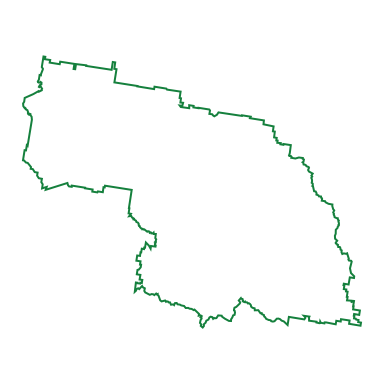 Wagga Wagga, New South Wales, Australia (Mercator projection)
{"feature_id": "25037944B76630671058420", "entity_name": "Wagga Wagga", "entity_type": "district", "adm_level": 2, "iso_a3": "AUS", "parent_name": "Australia", "parent_adm1": "New South Wales", "projection": "mercator", "projection_center": [147.38, -35.186], "detail": "fine", "context": "isolated", "style": "outline", "palette": "green", "viewbox_px": 384, "rotation_deg": 0, "n_neighbors": 0, "source": "geoboundaries", "source_scale": "gbopen_adm2", "svg_char_len": 5982}
<svg xmlns="http://www.w3.org/2000/svg" viewBox="0 0 384 384"><path d="M43.5,56.5L41.8,67.1L42.9,68.7L42.8,69.5L41.0,74.1L40.9,75.3L39.6,75.0L38.9,79.6L37.8,81.5L38.0,82.2L38.7,82.6L39.8,82.6L40.4,81.9L41.5,82.6L41.4,84.4L39.8,85.2L38.9,86.9L39.3,87.2L40.4,86.4L40.9,86.8L42.1,88.8L41.5,89.8L41.7,90.3L38.9,91.7L38.6,91.1L33.3,94.1L24.7,97.9L24.2,101.7L23.1,103.5L23.3,106.1L24.2,107.5L24.9,107.7L24.9,108.2L25.7,108.5L25.7,109.3L27.4,110.2L28.0,111.9L27.9,113.2L28.3,114.2L28.9,114.6L29.5,113.7L30.5,114.1L30.5,115.2L31.6,116.7L31.9,119.7L27.6,145.9L26.8,145.2L26.0,150.4L24.6,150.2L23.0,160.3L24.1,160.5L25.9,162.5L27.7,162.9L31.0,167.0L30.7,168.8L32.8,169.1L34.7,172.1L37.6,172.6L37.1,175.6L38.8,178.2L41.9,178.8L41.3,182.1L42.7,184.3L42.1,188.4L46.7,186.9L45.7,189.8L67.4,183.0L68.0,185.2L69.0,186.4L71.7,186.8L71.8,185.6L85.1,187.7L85.0,188.3L92.6,189.5L92.3,191.6L97.4,192.4L97.9,191.4L102.8,192.2L103.5,187.2L104.7,187.4L105.0,185.7L131.7,189.9L128.9,208.2L129.4,208.3L128.6,213.4L130.9,213.8L129.2,216.2L131.2,215.9L132.0,217.5L132.8,217.8L133.2,218.8L133.5,218.4L134.1,218.7L134.5,219.8L136.0,220.7L136.3,221.9L138.0,222.7L138.7,223.8L138.6,224.9L139.1,225.4L139.1,226.0L139.7,226.1L140.0,227.2L141.2,228.4L141.9,228.6L142.2,229.3L143.0,229.0L143.9,229.6L144.4,229.4L147.2,231.7L147.9,231.2L149.0,231.4L149.7,232.8L150.6,232.3L151.3,232.7L151.4,233.4L152.9,233.5L153.6,232.7L153.8,234.0L155.8,234.0L155.3,238.1L156.2,239.3L155.8,240.3L155.9,241.3L155.0,242.1L155.7,242.7L154.9,243.9L155.0,245.4L155.7,245.5L155.5,246.6L151.0,246.0L150.6,248.7L148.9,245.6L145.9,242.5L145.0,247.7L144.2,247.6L144.0,249.1L141.8,248.7L141.2,252.4L140.5,252.3L140.0,255.9L137.2,255.5L136.4,260.7L140.5,261.3L140.0,264.6L141.1,264.7L140.7,267.3L138.8,269.6L137.5,269.9L136.8,274.3L140.4,274.9L139.6,279.5L142.3,279.9L141.8,283.0L140.4,282.7L140.2,283.6L137.1,283.2L137.2,282.7L135.9,282.5L134.8,291.8L135.9,290.8L136.6,289.0L138.2,288.3L139.2,289.1L142.1,286.0L143.0,287.4L144.8,288.3L144.3,290.9L145.2,292.4L149.8,294.8L151.6,294.1L153.3,294.3L154.3,295.1L156.1,293.6L156.6,294.3L157.6,294.0L157.5,294.8L158.5,295.6L160.2,300.3L161.6,301.4L165.1,300.5L166.0,301.8L166.7,301.3L168.2,301.7L168.6,302.4L170.0,302.4L171.0,304.7L173.3,304.4L174.1,305.1L175.0,303.1L176.7,303.0L177.5,304.3L179.9,304.6L181.2,305.4L184.1,306.0L185.7,308.0L188.2,307.9L189.6,308.7L191.6,308.9L193.7,310.1L194.5,309.6L199.0,313.9L198.7,315.7L200.5,315.3L201.7,316.1L200.6,317.4L201.5,317.9L201.6,318.6L200.6,320.0L200.0,322.9L201.3,324.5L200.8,325.9L202.7,327.5L203.9,326.0L203.8,324.3L205.6,322.7L206.3,320.7L208.4,319.6L209.4,317.5L210.7,316.7L212.2,317.1L213.1,318.8L214.0,317.9L214.8,318.3L216.4,318.1L218.2,315.4L221.7,315.7L222.1,316.7L224.9,318.7L228.9,320.9L231.0,321.0L231.1,319.3L232.3,317.5L233.1,315.4L234.6,314.8L235.0,312.5L234.6,310.7L234.0,310.4L234.0,309.5L234.5,307.7L236.3,306.9L239.8,303.5L240.2,302.4L238.8,300.5L240.9,298.1L241.2,298.7L242.5,299.0L242.6,299.9L243.0,300.3L242.8,301.3L244.1,302.0L245.0,301.6L245.1,302.2L247.1,302.4L248.0,303.5L248.8,303.2L250.1,304.1L250.9,305.2L251.1,306.6L252.5,307.8L254.6,308.3L254.8,310.3L258.3,310.2L260.5,313.3L261.7,313.1L262.1,314.3L263.9,315.0L264.2,316.5L265.2,317.2L266.1,318.8L268.7,320.0L270.0,320.1L270.9,320.5L271.2,321.2L272.9,321.6L274.5,321.2L276.8,318.7L278.5,318.6L280.1,319.2L281.6,320.6L283.8,321.4L287.6,325.0L288.9,316.9L304.3,319.4L305.3,317.9L305.1,317.1L303.9,315.8L309.4,316.6L309.0,317.5L309.1,320.7L316.5,321.7L316.4,322.5L319.3,323.2L320.0,323.1L320.2,321.6L320.8,322.8L324.4,323.4L324.6,322.4L326.0,322.4L335.7,324.3L336.3,320.8L340.7,321.5L341.0,319.2L349.6,320.5L349.1,323.8L360.5,325.7L361.0,322.6L358.2,322.1L358.5,320.0L356.2,319.6L355.8,318.7L354.0,318.4L354.4,315.8L353.8,315.7L354.1,314.0L359.2,314.9L359.9,310.5L353.1,309.4L353.6,306.4L353.1,306.4L354.0,301.0L353.3,300.9L351.7,302.0L351.5,301.9L351.6,300.7L347.0,300.4L347.6,297.0L346.8,296.9L347.6,291.7L346.0,291.4L346.3,289.5L343.8,289.1L344.4,285.4L343.5,285.2L343.8,283.7L348.6,284.5L349.8,277.4L354.0,278.0L354.2,276.3L351.0,273.1L350.0,268.3L351.7,261.6L351.2,260.8L348.9,260.5L348.6,259.9L348.4,259.4L348.8,258.7L347.1,253.3L346.1,253.8L343.8,253.4L342.3,254.0L341.5,252.2L341.7,250.4L340.5,249.6L340.4,248.1L339.8,247.0L338.3,247.0L338.3,246.4L337.6,245.5L337.9,244.8L335.8,243.4L335.7,242.7L337.2,240.7L335.1,238.7L334.9,235.8L335.7,233.8L335.8,229.8L337.6,227.8L337.8,226.5L338.8,225.5L338.5,224.8L339.0,224.2L338.8,222.5L338.4,221.7L338.8,220.5L338.1,220.0L337.7,218.2L337.0,218.3L334.6,217.2L334.3,215.6L333.7,214.7L334.0,213.9L333.2,212.5L334.2,210.4L333.2,209.2L332.3,206.1L332.4,204.5L328.5,203.8L325.6,202.3L325.1,201.2L321.8,200.7L322.1,198.8L321.9,198.2L321.2,197.8L321.0,196.5L319.0,196.4L318.5,195.4L316.4,194.6L316.6,193.3L315.7,191.5L314.1,191.2L312.9,185.9L312.5,185.8L312.8,185.4L312.7,183.6L311.7,182.8L312.1,181.1L311.9,179.2L311.3,177.9L312.2,176.6L311.4,175.7L312.7,173.6L308.9,171.5L308.1,170.0L309.0,167.8L308.6,167.0L306.4,166.2L306.1,165.4L305.0,164.7L303.6,164.5L303.2,162.5L302.7,162.2L303.5,161.6L303.9,159.5L302.7,158.8L302.8,158.0L298.9,157.5L295.4,158.5L291.3,157.8L291.6,156.9L290.7,155.9L289.4,156.0L289.0,155.6L289.8,153.1L290.8,145.1L283.5,144.0L283.4,144.8L280.4,144.3L280.7,143.1L277.3,142.8L277.6,140.6L276.3,140.4L276.7,137.9L274.1,137.4L274.8,131.6L272.9,131.3L273.6,126.4L263.5,124.3L263.9,120.4L250.0,118.2L250.7,116.7L242.0,115.3L241.9,115.9L218.5,112.4L216.9,114.8L214.3,116.3L213.0,115.4L212.3,114.3L209.4,113.9L210.0,110.5L209.3,109.5L198.5,107.8L198.5,108.2L193.4,107.4L193.6,105.9L189.2,105.2L189.2,108.2L180.8,107.0L179.7,105.5L182.3,105.8L183.1,102.8L180.4,102.5L181.0,98.3L179.6,98.0L180.6,91.6L167.0,89.6L166.3,88.6L154.5,86.7L154.1,89.1L137.4,86.4L137.5,86.0L114.4,82.4L116.5,69.2L114.3,68.8L115.2,62.4L112.8,62.0L111.6,69.8L86.1,65.9L86.2,65.3L76.0,64.1L75.2,69.2L73.6,69.0L74.4,63.9L60.2,61.7L59.7,64.2L49.7,62.6L50.2,60.0L44.9,59.2L45.3,56.8L43.5,56.5Z" fill="none" stroke="#15803d" stroke-width="2"/></svg>